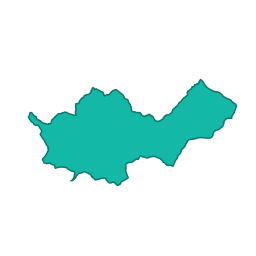 Villanueva, Santander, Colombia, rotated 105°
{"feature_id": "7082276B83182882267594", "entity_name": "Villanueva", "entity_type": "district", "adm_level": 2, "iso_a3": "COL", "parent_name": "Colombia", "parent_adm1": "Santander", "projection": "albers", "projection_center": [-73.162, 6.684], "detail": "fine", "context": "isolated", "style": "filled", "palette": "teal", "viewbox_px": 256, "rotation_deg": 105, "n_neighbors": 0, "source": "geoboundaries", "source_scale": "gbopen_adm2", "svg_char_len": 5871}
<svg xmlns="http://www.w3.org/2000/svg" viewBox="0 0 256 256"><g transform="rotate(105 128 128)"><path d="M142.8,227.1L145.0,225.4L145.6,224.5L146.6,223.5L147.1,222.4L147.6,220.8L148.0,220.3L148.7,219.9L149.0,219.4L149.3,217.7L148.8,216.4L148.8,215.3L150.3,213.5L151.1,212.9L151.9,211.7L152.6,211.1L153.2,210.7L154.0,210.5L155.3,210.7L156.0,211.0L156.7,211.1L157.4,210.8L158.1,209.9L159.8,208.1L160.5,207.1L161.6,205.9L162.3,205.1L164.6,203.2L166.9,200.5L168.0,200.2L168.2,199.5L169.3,199.7L170.4,199.2L171.2,199.1L171.9,199.7L173.4,199.7L177.1,200.9L178.5,201.6L179.6,202.4L180.5,202.4L181.0,202.2L182.7,200.5L183.4,200.1L183.4,197.6L183.3,197.0L182.0,194.1L182.2,193.6L182.6,193.3L182.7,192.7L183.0,191.0L182.9,189.6L183.1,189.3L183.3,189.1L185.4,188.0L185.6,187.7L184.0,185.1L182.9,182.2L182.6,180.7L182.2,177.3L182.2,176.9L182.8,176.2L183.1,175.5L184.0,172.2L184.2,171.4L184.2,170.1L183.9,169.1L184.6,168.2L185.6,167.7L189.3,167.4L191.0,167.7L192.5,168.1L193.5,169.0L193.4,168.3L191.3,166.7L189.7,165.9L187.2,165.1L184.8,164.0L184.5,163.7L183.7,161.6L183.3,161.3L182.7,160.4L181.8,159.5L181.6,158.9L181.5,157.1L181.8,156.3L181.9,154.7L182.3,154.1L182.4,152.6L182.8,152.2L183.0,151.7L183.4,151.1L184.5,150.5L184.8,149.7L186.4,146.5L186.5,145.8L186.5,145.6L185.8,145.1L185.3,144.0L185.2,143.3L184.3,142.2L184.1,141.6L183.3,140.4L183.0,139.8L182.7,138.6L182.2,137.2L182.4,137.0L182.9,136.3L184.3,134.8L185.6,132.5L185.8,131.7L185.6,130.7L185.1,129.7L184.4,129.1L184.2,127.5L184.2,127.1L184.4,126.8L184.7,125.9L186.0,124.1L186.1,123.6L186.1,123.0L185.6,122.3L185.4,122.1L184.6,121.9L184.4,121.8L184.4,121.1L183.6,120.8L182.3,120.8L181.6,120.4L178.3,116.9L176.9,115.6L175.9,114.9L173.8,116.7L172.6,117.4L170.9,118.6L170.0,119.1L168.3,119.5L166.6,119.6L164.2,120.8L163.8,120.6L162.4,119.9L162.0,119.4L160.8,117.7L160.3,115.8L159.7,115.0L158.0,113.6L156.2,112.4L156.0,111.9L155.9,110.5L155.6,110.1L153.1,109.5L152.0,109.0L151.7,108.6L151.7,107.8L152.2,106.6L151.8,105.0L151.8,104.4L152.1,102.7L151.6,101.0L151.3,100.4L150.3,99.4L149.4,97.3L148.9,96.8L149.0,95.4L148.6,95.0L148.3,94.6L148.5,94.1L148.5,93.5L148.9,93.0L149.0,90.9L149.3,89.0L151.0,86.0L151.9,85.1L151.9,84.5L151.8,84.3L152.0,83.7L153.6,81.5L153.8,81.0L153.7,80.5L153.7,79.3L153.5,78.9L153.1,78.6L152.8,78.1L152.8,77.8L152.9,76.6L153.4,74.7L149.6,74.0L147.7,73.9L144.3,72.6L142.5,72.5L141.6,72.4L140.9,72.1L139.0,70.9L138.3,70.7L135.9,70.7L135.1,70.5L133.8,69.9L132.3,68.9L130.8,68.2L128.5,68.0L127.4,67.5L125.2,67.2L124.5,66.9L123.8,66.3L123.3,65.4L122.6,63.7L121.3,60.9L120.2,58.9L119.4,57.9L119.0,57.2L117.9,53.0L117.3,49.0L117.0,47.7L116.2,45.7L115.7,45.1L114.8,44.5L113.6,44.2L112.2,44.2L109.8,44.1L109.0,43.8L108.3,43.3L107.7,42.6L106.0,40.1L103.6,38.1L101.9,37.0L101.0,36.8L99.2,36.7L98.3,36.6L96.8,36.9L95.8,36.8L93.4,35.2L92.9,34.6L92.4,33.3L91.9,30.4L90.3,30.7L88.8,30.5L85.8,29.5L78.4,28.9L77.1,30.2L76.2,33.1L75.8,34.1L74.5,35.8L74.0,37.3L74.0,38.8L73.8,40.5L73.1,43.2L72.4,44.9L71.6,45.7L71.1,46.6L70.1,49.3L70.0,50.6L70.4,54.2L70.2,55.5L69.3,59.8L68.1,62.7L65.8,65.9L64.4,67.0L63.7,67.8L62.9,69.2L62.8,70.0L62.5,70.5L63.1,70.8L64.0,70.8L65.2,71.1L65.3,71.5L65.6,71.6L66.1,71.2L66.7,71.2L66.9,71.4L67.1,71.9L67.6,72.2L67.3,72.6L67.5,72.8L68.2,73.1L68.7,74.1L68.7,74.4L68.9,74.8L69.4,74.9L70.1,74.6L70.7,74.8L71.1,75.4L71.4,76.3L71.8,76.8L73.3,76.8L73.8,77.0L74.8,77.9L76.5,79.0L76.6,79.4L77.6,79.8L78.5,80.0L79.6,79.3L80.3,79.1L81.0,79.2L83.7,81.1L84.7,82.0L85.3,82.3L86.6,83.0L88.6,83.4L89.0,83.7L89.2,84.2L89.9,84.9L91.0,85.4L91.7,85.5L92.3,85.6L92.7,85.5L93.3,85.6L94.0,86.2L94.3,86.7L95.3,87.3L95.9,87.4L96.4,87.9L97.0,88.5L97.4,88.5L98.5,89.5L100.4,89.5L101.8,89.9L102.8,90.4L103.5,91.2L104.5,91.8L105.5,94.2L106.4,95.2L106.9,95.5L107.5,95.6L107.9,95.8L108.2,96.2L108.8,96.5L109.9,96.3L110.4,96.5L111.2,97.7L111.4,97.9L112.0,98.1L112.4,98.5L113.0,99.4L113.9,100.5L114.0,103.9L112.9,104.5L112.1,105.6L110.7,106.7L110.5,107.4L110.2,107.6L110.2,108.7L109.4,110.2L109.3,110.9L109.3,111.3L109.6,111.7L110.8,112.5L111.0,113.4L111.2,113.7L112.3,114.4L112.3,115.4L112.6,116.5L112.6,117.0L112.2,117.5L111.8,118.6L111.5,118.8L111.1,118.8L110.8,119.1L110.2,120.1L110.0,120.7L110.5,121.5L110.6,123.0L110.9,124.1L110.6,125.5L111.1,127.1L111.0,128.1L110.6,128.8L110.2,129.1L109.1,129.6L108.7,129.9L106.8,130.5L106.2,131.0L105.7,131.6L104.7,131.9L103.5,133.5L102.7,134.2L101.8,134.8L101.0,135.2L100.7,136.0L100.6,138.2L99.9,139.3L98.1,140.6L97.2,141.7L95.6,145.6L94.1,148.8L94.1,149.6L94.4,150.3L95.2,151.5L96.1,152.4L97.3,153.4L99.5,154.1L99.7,154.4L100.6,154.8L101.3,156.0L101.3,156.9L103.0,158.9L102.6,159.7L101.8,159.9L100.7,160.8L99.8,161.8L99.8,163.8L99.2,165.1L99.0,166.6L99.0,167.4L98.5,168.4L98.5,168.8L99.1,169.3L99.4,169.7L99.3,170.2L98.5,170.6L98.3,171.7L98.1,172.1L98.8,172.8L99.4,172.9L100.8,172.7L101.0,172.8L101.2,173.2L101.4,173.3L102.0,172.7L102.3,172.7L102.6,172.8L103.1,173.3L103.7,173.3L104.3,173.5L104.6,173.9L105.1,174.1L105.5,174.4L106.7,176.9L107.2,177.3L108.0,178.5L108.3,178.6L109.2,178.6L110.2,179.0L110.1,179.3L110.3,179.7L110.5,179.9L111.6,180.5L114.5,181.8L115.5,181.7L116.2,181.9L117.5,182.8L117.6,183.7L117.8,184.2L118.1,184.5L118.4,184.6L119.2,184.3L119.7,184.3L121.6,183.9L124.1,182.8L125.2,183.1L127.1,182.7L128.6,181.3L129.0,181.3L129.2,181.5L129.6,184.3L129.4,188.9L128.9,191.6L128.9,193.0L129.5,193.7L130.6,195.7L131.7,196.6L131.7,197.5L132.6,199.3L133.0,199.5L134.5,200.2L135.1,200.8L137.7,202.2L139.9,203.6L140.4,203.7L142.7,203.6L143.5,203.8L144.1,204.5L144.3,205.9L144.7,206.1L145.3,206.0L145.4,207.4L145.1,208.4L145.1,209.9L145.3,210.5L145.2,210.8L145.2,211.8L145.1,212.3L143.8,214.5L143.2,217.7L142.6,218.7L142.0,219.2L141.0,219.4L140.7,221.1L140.5,221.8L140.0,222.3L139.5,223.3L138.4,224.5L138.2,224.9L138.2,225.6L138.4,226.4L138.7,226.5L139.6,226.7L140.7,226.4L141.5,226.5L142.1,226.8L142.8,227.1Z" fill="#14b8a6" stroke="#0f766e" stroke-width="1.5"/></g></svg>